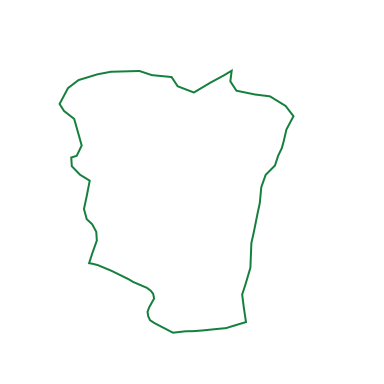 the district of Tongchang, P'yŏngan-bukto, North Korea, rotated 163°
{"feature_id": "82179303B87943019672886", "entity_name": "Tongchang", "entity_type": "district", "adm_level": 2, "iso_a3": "PRK", "parent_name": "North Korea", "parent_adm1": "P'yŏngan-bukto", "projection": "orthographic", "projection_center": [125.536, 40.225], "detail": "fine", "context": "isolated", "style": "outline", "palette": "green", "viewbox_px": 384, "rotation_deg": 163, "n_neighbors": 0, "source": "geoboundaries", "source_scale": "gbopen_adm2", "svg_char_len": 1041}
<svg xmlns="http://www.w3.org/2000/svg" viewBox="0 0 384 384"><g transform="rotate(163 192 192)"><path d="M93.2,207.8L89.6,213.5L83.4,224.2L72.8,234.8L77.3,246.9L89.5,260.7L103.2,266.8L119.9,275.9L123.0,286.6L118.6,296.4L127.5,294.2L142.8,291.1L161.1,286.6L174.8,297.3L177.9,307.9L196.2,315.5L206.9,323.1L234.4,330.7L248.1,332.2L267.9,332.2L280.2,327.6L292.9,314.9L290.7,306.9L283.3,296.3L283.6,281.4L283.9,268.7L291.7,260.3L297.4,260.3L299.4,251.8L294.0,241.2L286.5,232.7L294.4,217.9L300.3,207.3L300.6,196.8L296.9,190.4L295.2,181.9L297.2,173.4L305.0,162.9L311.2,154.0L308.2,152.5L303.7,149.8L292.2,140.3L278.0,127.0L274.6,123.2L263.2,113.6L260.4,109.8L258.9,106.0L259.4,101.2L266.7,94.2L269.6,90.3L270.2,85.9L269.6,81.7L266.5,77.9L264.0,75.4L251.3,63.0L238.9,60.7L231.3,58.5L221.9,56.4L210.6,54.2L199.3,51.9L187.9,51.9L178.4,51.8L176.2,66.6L174.0,79.3L168.1,87.7L158.3,102.5L150.2,125.7L144.2,136.3L136.3,151.0L130.4,161.6L124.3,176.4L116.5,186.9L104.9,193.1L99.0,201.5L93.2,207.8Z" fill="none" stroke="#15803d" stroke-width="2"/></g></svg>